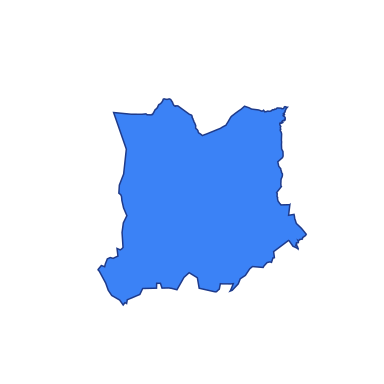 Totontepec Villa de Morelos, Oaxaca, Mexico, rotated 141°
{"feature_id": "50627088B98422616932884", "entity_name": "Totontepec Villa de Morelos", "entity_type": "district", "adm_level": 2, "iso_a3": "MEX", "parent_name": "Mexico", "parent_adm1": "Oaxaca", "projection": "natural_earth1", "projection_center": [-96.062, 17.236], "detail": "fine", "context": "isolated", "style": "filled", "palette": "blue", "viewbox_px": 384, "rotation_deg": 141, "n_neighbors": 0, "source": "geoboundaries", "source_scale": "gbopen_adm2", "svg_char_len": 4593}
<svg xmlns="http://www.w3.org/2000/svg" viewBox="0 0 384 384"><g transform="rotate(141 192 192)"><path d="M224.7,91.0L222.6,90.3L213.9,91.5L212.1,92.5L209.1,94.2L203.0,93.6L195.4,96.0L194.2,96.0L191.9,96.0L184.2,88.6L182.7,89.2L178.1,89.9L176.1,89.0L175.3,88.5L174.5,87.3L170.6,89.8L169.8,89.2L169.3,89.1L166.1,94.3L147.5,93.6L147.4,93.3L147.2,92.9L147.7,86.3L146.5,84.0L145.8,82.4L145.4,81.2L145.4,80.9L145.1,81.1L145.2,81.6L145.5,82.6L145.2,82.4L144.9,82.9L144.6,82.7L144.3,83.6L144.4,84.5L144.4,84.8L144.7,85.0L144.0,85.3L144.3,85.6L143.3,86.3L142.8,86.5L142.7,86.7L141.9,86.0L141.7,85.8L141.1,85.9L140.6,86.2L140.2,87.5L140.1,87.1L139.6,87.2L138.9,87.1L138.2,87.3L137.7,86.9L136.9,86.6L136.3,86.3L136.2,86.1L135.8,86.2L135.7,86.1L135.2,86.5L134.8,86.8L134.6,87.0L133.7,86.8L133.3,86.8L132.7,86.9L132.3,86.8L132.0,86.8L131.5,86.7L131.0,86.7L130.5,87.1L129.8,87.3L129.8,94.9L130.7,101.8L130.2,103.3L129.3,105.4L129.2,106.2L127.6,108.8L126.8,110.4L131.6,113.1L123.9,120.6L124.0,120.6L131.0,126.0L130.9,126.8L131.1,128.0L130.9,129.1L130.9,130.1L130.9,130.5L130.5,131.6L129.7,133.1L129.0,133.7L128.8,134.2L128.9,134.7L128.4,135.4L127.7,136.1L126.7,137.3L126.7,138.2L125.3,138.6L119.1,140.0L119.1,140.6L118.4,141.6L117.8,142.5L116.6,143.8L115.5,145.1L114.4,146.1L112.4,147.1L111.4,147.9L110.3,149.2L110.1,151.0L109.4,151.9L109.2,153.0L108.4,154.2L108.4,157.4L106.3,161.5L100.0,161.8L98.6,162.6L95.9,166.1L95.3,169.0L92.6,172.6L90.8,174.6L90.0,175.9L86.0,180.5L85.6,181.1L85.0,182.5L84.8,184.1L84.3,184.7L84.0,184.7L83.6,184.9L83.7,185.3L83.0,185.9L82.6,186.8L81.7,187.1L81.5,188.9L80.8,189.9L80.0,190.2L79.7,189.4L79.2,189.2L78.5,189.8L78.0,188.8L77.6,188.9L77.7,189.5L77.5,190.1L77.1,190.4L76.7,190.4L75.7,189.4L75.4,189.4L75.4,189.7L74.7,190.2L74.4,190.2L74.1,189.6L73.4,190.3L72.7,191.4L72.8,192.5L73.2,193.7L73.0,194.2L72.5,194.4L71.6,193.8L71.2,194.1L71.2,194.6L71.6,195.3L70.5,195.4L70.0,195.7L69.6,195.6L69.1,195.7L68.6,196.5L67.2,197.0L66.2,197.7L64.9,197.7L64.5,197.8L65.1,198.3L65.5,199.1L66.0,199.8L66.7,200.0L67.4,199.6L68.3,199.3L69.1,199.7L69.8,200.3L69.9,200.9L70.4,201.4L71.7,202.6L72.8,203.6L73.3,203.7L73.7,203.8L74.6,203.6L75.6,204.1L75.7,204.4L76.1,204.4L76.5,204.4L76.8,204.4L77.4,205.1L78.1,205.3L79.2,205.2L80.5,205.6L81.5,206.3L82.1,207.2L83.9,207.8L84.5,208.3L85.0,208.5L84.9,210.5L86.0,210.5L86.9,210.9L87.8,212.5L88.5,213.7L89.6,214.9L92.7,218.1L93.5,218.9L94.7,221.6L97.2,225.6L99.1,225.5L101.6,225.4L105.1,225.7L108.8,225.9L110.9,225.9L113.0,226.0L114.3,225.9L114.9,225.7L115.6,225.5L116.5,225.1L117.4,224.8L117.7,224.7L118.9,224.2L120.8,223.5L122.4,223.0L123.6,222.5L125.3,222.9L126.8,223.2L128.1,223.4L129.9,223.6L133.1,224.6L135.4,225.3L136.8,225.7L138.4,226.2L140.7,226.9L142.1,227.3L145.0,228.2L146.0,228.6L148.4,229.3L148.9,231.7L149.6,233.7L149.4,234.8L148.8,235.9L148.7,237.4L148.9,238.0L149.0,239.3L147.3,241.3L147.1,242.0L146.5,243.9L146.5,244.5L146.1,246.0L145.8,246.4L145.7,246.9L145.6,247.7L145.2,248.2L145.2,248.7L145.0,249.2L145.1,249.7L144.7,250.1L144.3,250.8L144.0,251.6L144.0,252.0L144.2,252.3L144.3,252.7L145.1,253.9L148.8,267.8L150.4,269.2L150.6,269.0L150.8,268.9L151.3,269.6L151.6,270.8L151.4,271.4L151.4,271.9L151.3,272.1L151.3,272.5L151.1,272.9L151.0,273.5L150.7,273.8L150.6,274.3L150.7,275.5L150.4,275.9L150.4,276.8L150.4,277.5L151.1,278.7L152.9,279.5L153.8,280.3L154.8,281.6L155.1,282.0L156.1,282.2L157.1,281.4L159.3,280.7L160.7,280.5L162.2,280.6L162.5,280.7L162.7,280.8L162.9,280.7L163.2,280.7L163.8,280.3L164.6,280.1L164.9,279.7L165.6,279.5L166.0,279.2L166.7,279.3L167.3,279.1L168.8,279.2L169.7,278.8L170.0,278.6L170.8,278.4L171.4,278.0L171.7,277.9L171.9,277.8L172.4,277.7L172.8,277.6L173.1,277.4L173.5,277.2L173.9,277.5L174.4,277.2L175.5,277.9L178.3,280.3L178.6,281.7L182.0,283.9L183.8,285.4L190.2,290.6L202.9,303.1L213.9,272.6L216.1,266.6L233.8,249.0L244.1,243.1L249.6,237.1L249.1,234.8L249.6,232.9L251.9,229.4L255.2,222.7L257.5,214.6L264.8,211.2L271.8,204.6L279.8,193.3L280.5,192.3L282.3,192.0L284.2,192.2L285.8,195.3L289.9,188.8L293.8,189.8L295.0,190.0L296.8,192.5L299.9,193.3L304.7,190.6L306.9,188.9L308.7,191.9L313.7,190.9L314.0,190.6L313.9,188.7L316.4,175.5L318.9,168.4L319.5,162.1L316.2,153.5L316.6,147.5L313.7,148.2L313.0,146.5L310.1,149.0L297.0,145.2L291.4,147.9L291.0,148.0L280.1,139.6L276.9,143.3L274.0,140.9L275.8,136.2L270.6,132.2L268.6,130.1L265.2,125.5L252.0,130.7L245.0,131.1L241.8,122.0L247.0,112.7L237.3,100.4L236.3,99.4L235.6,99.1L233.9,99.3L232.0,99.3L231.6,99.6L228.5,102.2L227.7,102.9L226.8,102.0L219.6,96.1L217.6,94.8L221.8,92.4L224.1,91.2L224.7,91.0Z" fill="#3b82f6" stroke="#1e3a8a" stroke-width="1.5"/></g></svg>